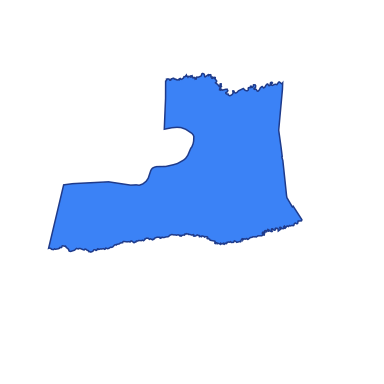 San Roque, Corrientes, Argentina (Equal Earth projection), rotated 225°
{"feature_id": "61730980B67401199188792", "entity_name": "San Roque", "entity_type": "district", "adm_level": 2, "iso_a3": "ARG", "parent_name": "Argentina", "parent_adm1": "Corrientes", "projection": "equal_earth", "projection_center": [-58.642, -28.676], "detail": "fine", "context": "isolated", "style": "filled", "palette": "blue", "viewbox_px": 384, "rotation_deg": 225, "n_neighbors": 0, "source": "geoboundaries", "source_scale": "gbopen_adm2", "svg_char_len": 6092}
<svg xmlns="http://www.w3.org/2000/svg" viewBox="0 0 384 384"><g transform="rotate(225 192 192)"><path d="M253.6,50.8L253.3,51.5L251.8,52.2L250.7,52.2L249.2,53.3L249.0,54.6L248.2,54.8L246.4,57.3L245.9,58.5L246.2,58.8L246.2,59.4L245.1,60.3L245.0,60.7L245.7,62.0L245.4,62.6L243.8,63.5L243.4,64.2L242.7,64.3L242.5,64.0L241.6,63.9L239.5,64.2L238.0,63.9L237.5,63.4L236.8,63.5L235.8,64.1L233.9,67.8L233.8,70.4L232.1,71.3L232.0,72.1L231.1,73.0L227.8,74.4L227.2,74.9L227.3,76.0L226.5,76.5L224.6,76.7L223.8,77.3L222.6,76.9L221.9,77.7L221.1,77.9L220.2,79.9L220.5,81.6L220.3,82.1L219.3,82.8L218.7,82.7L218.2,83.3L218.6,84.9L217.8,85.0L217.8,85.6L217.1,85.8L216.2,87.4L215.6,87.7L214.6,89.3L213.2,89.7L213.0,90.1L213.4,91.0L213.3,91.4L211.7,92.1L211.0,93.2L210.5,95.4L209.7,96.0L209.2,97.1L209.3,99.7L208.5,101.1L208.1,101.0L208.0,102.0L206.7,103.9L206.6,105.3L205.2,107.1L205.6,107.6L205.4,108.7L202.7,110.8L201.4,112.4L200.5,112.8L200.3,113.2L200.5,114.3L200.0,114.7L197.1,115.1L196.9,116.1L196.3,117.0L196.7,117.5L196.6,118.1L195.7,118.9L195.4,120.0L193.3,121.9L193.0,122.9L191.8,123.3L191.7,124.5L192.1,125.4L191.7,125.8L191.7,126.9L190.3,128.3L188.6,128.4L188.3,129.5L186.0,130.3L185.9,130.8L186.1,131.3L185.6,131.5L185.5,132.5L185.7,133.2L184.7,135.4L182.8,137.1L182.5,137.3L182.0,136.8L181.4,137.2L181.2,138.9L180.5,139.1L179.4,140.3L178.7,141.8L177.4,143.3L177.1,143.9L177.1,145.7L176.2,147.7L174.5,148.8L173.5,149.9L172.6,150.3L171.6,151.9L170.3,152.5L169.4,152.4L169.3,153.2L168.7,153.0L168.3,153.4L168.6,154.0L167.5,155.7L166.8,156.2L167.3,157.3L166.6,157.9L166.6,158.5L165.9,158.7L165.2,159.6L164.3,159.6L163.6,160.4L161.7,161.4L161.0,162.7L160.2,162.2L160.0,162.7L159.3,162.2L158.3,163.5L158.0,165.3L157.7,165.6L156.9,165.6L156.0,166.4L155.1,165.7L154.6,166.7L153.6,167.1L153.9,167.9L153.5,168.3L151.9,169.1L151.3,168.9L151.1,169.2L151.2,169.7L149.8,171.0L149.1,171.1L148.6,169.9L148.3,169.8L147.8,170.1L147.6,170.7L146.5,170.8L146.2,171.1L145.1,170.7L141.1,173.4L140.6,173.3L140.2,172.5L139.7,172.4L139.4,171.9L139.0,172.1L139.3,172.8L139.2,173.2L138.7,173.6L137.6,173.2L137.5,174.0L135.9,174.9L135.0,175.0L135.4,176.1L134.4,176.1L133.9,177.2L133.2,177.3L133.5,178.1L133.1,178.3L132.2,178.1L132.2,179.4L131.3,179.6L131.1,180.1L131.6,181.2L131.3,181.3L130.9,182.4L129.8,183.2L129.6,184.2L128.5,184.1L127.0,185.8L127.5,187.4L126.1,188.0L124.8,188.0L123.0,191.1L122.5,191.1L122.4,191.6L123.1,192.4L123.5,194.5L123.0,194.8L122.1,194.0L122.3,195.3L122.1,195.8L121.5,195.9L120.7,196.7L120.7,197.5L120.2,197.9L119.3,197.7L118.9,198.1L118.5,201.1L117.5,202.4L117.3,203.5L116.3,204.2L115.8,205.1L114.8,205.5L114.3,207.7L111.7,210.4L111.4,212.0L110.5,212.5L110.7,213.0L112.3,213.2L112.4,212.6L112.8,212.3L113.5,213.1L113.5,213.7L113.1,214.0L112.5,213.9L111.6,214.4L111.8,214.9L112.8,215.2L113.1,216.2L112.5,217.0L112.1,217.0L111.4,216.3L111.1,216.6L111.9,219.2L110.7,219.5L110.6,218.3L110.1,218.4L109.6,219.6L108.0,220.0L107.5,220.5L107.4,220.9L109.5,221.8L109.5,222.4L109.0,222.9L107.4,222.9L106.6,223.3L106.3,223.9L106.4,224.5L107.3,225.0L107.2,225.7L106.7,226.1L106.0,226.3L105.8,226.7L105.0,226.7L103.4,225.4L103.0,228.4L103.7,228.3L104.9,229.0L104.4,229.7L102.5,229.9L101.6,230.4L101.4,230.9L101.6,231.4L102.6,232.5L102.6,233.3L101.8,233.3L100.9,231.9L100.5,232.1L100.7,235.3L99.3,235.8L99.4,237.2L98.4,237.6L97.6,239.2L96.7,239.6L96.4,240.3L97.2,241.8L97.1,242.8L96.9,243.2L95.7,243.5L95.2,243.9L95.1,244.5L96.4,246.5L94.2,249.0L94.4,249.6L94.7,250.1L110.4,253.5L110.5,252.4L120.9,255.1L122.7,256.4L149.9,278.4L153.3,280.3L153.2,280.8L160.9,286.8L174.4,297.0L200.6,328.5L205.0,333.2L204.9,332.6L205.3,331.9L208.0,331.6L208.4,331.0L207.9,327.9L209.2,327.2L209.7,326.4L210.5,324.2L212.2,323.4L212.2,326.0L213.1,326.1L213.5,325.7L213.8,324.9L212.3,322.4L212.6,321.7L213.0,321.5L214.8,321.9L215.2,321.6L215.2,319.8L214.6,317.4L214.8,316.7L215.0,316.2L216.9,316.3L217.2,315.8L217.3,313.9L216.6,311.9L216.6,309.9L217.1,309.5L219.3,309.9L219.9,309.6L220.3,308.8L220.7,308.6L221.2,308.8L221.1,311.0L222.2,312.2L223.2,312.4L224.3,311.3L223.3,309.6L223.2,308.8L223.9,308.0L224.3,308.1L224.7,308.7L225.2,308.6L225.4,308.0L224.6,307.0L225.8,305.7L225.6,305.1L224.5,304.2L224.3,303.6L224.6,302.4L226.2,301.5L228.9,301.5L230.7,296.4L230.6,294.3L231.1,292.8L232.2,292.4L234.0,293.0L234.6,292.3L232.9,291.0L232.6,289.9L232.6,288.7L233.3,286.8L234.9,286.2L235.7,286.8L236.9,285.7L237.9,285.7L238.4,286.2L237.9,287.7L238.3,289.0L240.0,289.5L240.2,288.9L240.8,288.5L242.6,285.4L243.9,285.5L244.4,285.2L243.7,284.8L243.7,284.2L244.8,283.7L245.3,284.3L245.8,285.6L245.7,287.4L246.7,287.8L247.8,289.1L248.5,288.5L248.2,287.8L247.1,287.1L247.0,286.5L247.3,285.9L249.8,286.2L252.6,285.8L252.6,287.4L253.1,288.0L256.2,288.3L256.1,289.0L256.5,289.4L257.4,288.8L257.8,286.9L258.3,286.5L258.5,286.8L258.4,287.6L258.7,287.8L260.1,286.8L261.3,288.1L261.9,288.0L262.7,287.1L262.4,286.2L262.6,285.9L263.5,286.3L264.0,282.8L264.5,282.5L266.2,283.7L267.2,283.9L268.3,283.4L268.6,282.5L267.7,280.8L267.7,280.1L268.7,277.7L269.9,276.6L270.0,276.0L269.0,275.2L268.9,274.8L269.2,274.6L269.9,275.2L269.8,274.1L271.2,274.7L271.9,273.4L273.1,273.9L273.7,273.1L273.7,274.0L274.2,274.3L274.5,273.5L274.9,273.4L275.2,272.2L276.2,271.3L276.0,270.3L277.1,270.6L277.7,270.0L278.7,270.7L278.5,268.5L279.2,267.9L278.6,266.3L279.0,265.1L278.9,264.4L279.7,263.8L280.6,264.0L281.0,263.0L280.3,262.6L280.3,262.1L281.0,261.8L281.7,260.7L282.4,260.6L282.6,260.2L283.4,260.3L284.3,259.3L285.0,259.6L285.8,259.2L286.2,257.9L286.7,257.4L286.2,256.7L286.2,255.8L286.5,255.5L286.8,256.0L287.5,255.5L288.2,255.6L289.5,254.4L289.8,253.7L289.2,253.5L288.9,252.6L289.1,251.8L276.8,239.4L256.0,216.8L251.7,223.2L248.3,227.2L245.3,229.8L240.8,231.9L233.5,233.4L231.5,233.2L229.9,232.5L226.8,229.1L225.4,227.0L224.0,223.8L223.8,222.1L220.9,214.9L220.3,211.3L220.5,208.7L221.8,204.0L222.5,201.7L224.4,198.2L228.6,191.5L234.9,185.0L236.1,183.0L236.8,181.0L236.7,179.3L236.2,177.8L232.7,170.8L232.0,167.1L232.5,162.9L234.1,159.4L236.4,157.7L240.2,153.5L258.2,140.2L282.2,113.6L287.8,106.3L253.6,50.8Z" fill="#3b82f6" stroke="#1e3a8a" stroke-width="1.5"/></g></svg>